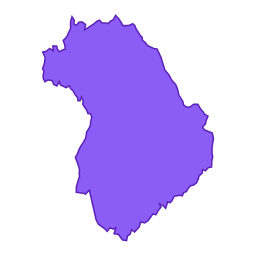 outline of Coqueiros do Sul, Rio Grande do Sul, Brazil
{"feature_id": "56859067B99955051081577", "entity_name": "Coqueiros do Sul", "entity_type": "district", "adm_level": 2, "iso_a3": "BRA", "parent_name": "Brazil", "parent_adm1": "Rio Grande do Sul", "projection": "equal_earth", "projection_center": [-52.771, -28.135], "detail": "fine", "context": "isolated", "style": "filled", "palette": "violet", "viewbox_px": 256, "rotation_deg": 0, "n_neighbors": 0, "source": "geoboundaries", "source_scale": "gbopen_adm2", "svg_char_len": 2083}
<svg xmlns="http://www.w3.org/2000/svg" viewBox="0 0 256 256"><path d="M76.3,192.3L83.2,193.2L85.5,194.1L89.4,190.2L96.1,219.7L98.4,224.2L104.8,228.8L107.2,231.4L109.9,227.9L113.4,229.0L115.7,227.9L114.1,233.7L118.5,234.5L122.4,239.9L126.6,240.6L127.4,236.0L130.0,234.3L131.7,229.7L134.6,232.0L139.2,227.0L140.7,222.0L144.7,222.9L148.0,220.7L151.0,216.7L152.7,214.0L155.9,214.7L158.0,210.9L160.9,207.2L159.6,203.9L163.5,206.0L165.7,208.3L167.6,201.9L169.9,202.8L172.0,200.7L174.2,196.2L177.3,195.8L179.6,195.1L182.2,195.9L183.6,192.7L186.5,191.5L187.8,188.9L190.4,185.9L193.9,184.9L196.4,182.9L198.3,179.1L199.0,175.9L202.1,173.3L202.5,169.7L205.3,170.8L208.6,167.5L211.6,167.0L211.8,160.8L212.7,156.6L212.0,153.1L212.1,146.8L213.5,138.5L212.3,133.0L204.3,129.8L202.5,126.9L205.5,124.0L206.0,121.0L208.0,116.2L204.5,114.1L203.1,111.8L200.6,109.0L197.9,104.3L193.8,104.2L189.8,107.1L186.9,107.1L183.6,105.1L182.8,101.4L178.9,95.2L177.4,88.7L175.6,84.4L171.8,80.3L168.9,74.8L164.8,70.0L161.1,57.6L157.1,49.0L154.2,48.7L147.5,45.5L145.2,42.4L142.5,40.4L142.1,37.2L139.9,35.0L138.2,32.0L136.3,29.4L134.8,25.6L132.8,23.7L129.2,25.4L123.1,25.7L119.3,19.5L115.6,15.4L113.1,19.9L110.3,21.2L108.5,23.5L106.3,23.0L102.1,23.0L99.6,20.2L97.2,21.1L93.4,24.2L84.6,29.9L85.6,24.4L82.0,21.9L79.0,22.2L76.2,25.4L74.0,24.2L74.2,20.2L72.0,16.7L70.7,20.9L70.5,24.1L70.7,28.4L68.5,32.7L67.4,35.7L65.6,38.0L63.2,40.4L64.5,44.2L65.4,49.1L61.9,50.2L59.6,51.8L57.6,49.7L56.7,46.1L52.9,45.9L53.2,50.9L49.8,48.5L45.7,51.5L42.7,52.0L45.2,57.8L44.2,64.2L42.5,68.7L44.0,71.6L43.1,75.0L43.3,78.6L45.0,81.8L47.9,80.0L52.1,80.5L53.8,84.5L56.9,86.0L59.2,81.6L60.4,85.0L63.3,86.3L66.2,87.7L69.4,85.7L70.5,88.6L72.8,90.5L75.0,94.5L77.6,97.7L78.0,100.8L80.2,100.6L81.4,97.1L83.1,100.5L82.8,104.3L84.6,107.3L86.8,110.2L87.9,113.5L90.6,113.9L91.7,117.0L90.8,121.3L90.2,125.8L88.9,128.5L86.7,131.9L85.7,138.0L83.4,142.3L80.7,146.3L79.0,149.6L77.3,154.1L75.3,157.4L77.2,162.1L78.4,165.8L79.5,169.6L79.2,172.6L79.5,176.3L78.6,179.2L77.4,183.2L76.3,187.2L76.3,192.3Z" fill="#8b5cf6" stroke="#5b21b6" stroke-width="1.5"/></svg>